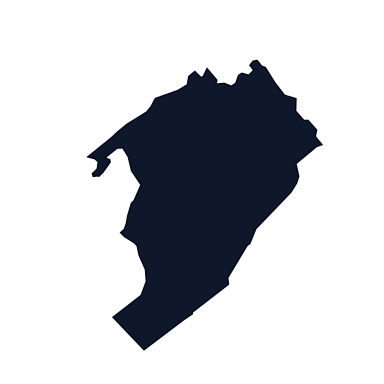 Ouallam, Tillabéri, Niger, rotated 232°
{"feature_id": "23599985B18642698649368", "entity_name": "Ouallam", "entity_type": "district", "adm_level": 2, "iso_a3": "NER", "parent_name": "Niger", "parent_adm1": "Tillabéri", "projection": "equal_earth", "projection_center": [2.332, 14.566], "detail": "fine", "context": "isolated", "style": "filled", "palette": "ink", "viewbox_px": 384, "rotation_deg": 232, "n_neighbors": 0, "source": "geoboundaries", "source_scale": "gbopen_adm2", "svg_char_len": 1230}
<svg xmlns="http://www.w3.org/2000/svg" viewBox="0 0 384 384"><g transform="rotate(232 192 192)"><path d="M96.5,107.7L95.8,117.3L97.1,118.0L96.9,163.9L102.5,167.4L115.9,202.3L115.9,205.9L123.8,219.7L126.6,239.4L131.0,269.8L134.7,279.9L138.7,285.7L150.4,291.3L151.2,318.1L149.4,323.5L156.7,323.3L159.9,323.3L164.1,328.3L177.0,327.5L179.4,324.2L191.9,323.4L201.5,331.3L211.3,324.4L226.9,324.5L245.0,326.4L248.1,324.4L249.9,324.3L251.3,324.3L253.7,324.3L253.8,324.3L255.6,324.2L257.4,320.7L256.2,315.7L249.9,315.6L249.0,308.6L254.8,304.4L255.2,300.5L250.8,293.7L251.0,288.2L257.8,284.2L262.2,277.3L264.9,280.4L279.9,279.8L276.0,271.9L276.6,269.5L285.2,268.4L285.0,260.6L279.3,254.4L280.7,243.2L288.2,220.7L284.4,212.2L282.9,205.4L285.4,182.3L285.1,170.7L284.3,161.3L283.8,131.6L278.0,136.0L273.5,136.8L268.5,131.6L267.7,124.8L265.1,123.8L263.0,127.4L261.8,128.3L262.5,134.3L266.0,145.9L268.3,147.0L270.7,145.2L272.5,145.2L272.8,160.0L269.4,164.7L259.0,163.5L245.9,157.5L229.0,156.3L220.8,141.0L220.3,137.3L212.9,126.9L207.6,121.0L204.2,115.7L203.9,110.8L198.4,111.4L187.7,115.3L183.5,115.8L174.8,111.5L159.7,107.7L149.6,101.0L141.8,88.3L141.9,52.7L97.3,57.1L96.5,107.7Z" fill="#0f172a" stroke="#020617" stroke-width="1.5"/></g></svg>